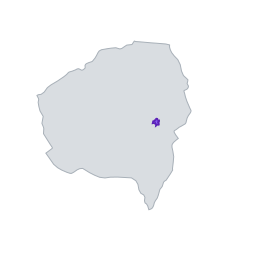 location of Bulawayo, Bulawayo, Zimbabwe, rotated 235°
{"feature_id": "62879985B51719638002761", "entity_name": "Bulawayo", "entity_type": "district", "adm_level": 2, "iso_a3": "ZWE", "parent_name": "Zimbabwe", "parent_adm1": "Bulawayo", "projection": "natural_earth1", "projection_center": [28.57, -20.11], "detail": "fine", "context": "in_parent", "style": "filled", "palette": "violet", "viewbox_px": 256, "rotation_deg": 235, "n_neighbors": 0, "source": "geoboundaries", "source_scale": "gbopen_adm2", "svg_char_len": 3226}
<svg xmlns="http://www.w3.org/2000/svg" viewBox="0 0 256 256"><g transform="rotate(235 128 128)"><path d="M172.2,209.7L170.4,208.4L167.8,207.5L164.6,207.0L160.5,207.2L155.4,208.0L149.9,207.1L144.0,204.5L139.2,203.5L133.4,204.7L133.1,204.7L132.1,203.8L130.5,201.9L127.9,201.6L127.2,201.2L126.6,200.4L126.2,199.6L126.0,198.5L126.5,195.4L126.2,195.1L125.5,194.7L124.1,194.3L120.6,192.9L116.2,191.6L109.0,190.1L106.3,189.7L105.6,189.2L104.8,188.1L103.5,184.5L102.2,182.1L99.1,178.5L98.6,177.3L98.8,174.5L99.0,172.1L99.3,170.1L99.1,168.3L99.1,166.0L99.2,164.4L98.8,163.8L97.7,163.3L94.5,163.1L90.6,163.2L90.5,160.8L90.1,157.2L89.4,155.1L88.5,154.0L86.8,152.9L83.2,151.4L78.3,149.0L74.1,145.5L69.3,141.2L67.9,140.4L66.1,136.3L63.4,129.4L63.5,127.1L63.1,125.9L60.5,122.5L59.9,120.7L59.4,118.9L55.3,113.9L53.8,111.7L52.8,108.9L51.7,106.7L50.8,105.7L49.6,104.2L48.7,102.5L48.4,101.2L48.7,99.4L49.1,98.2L53.0,99.5L55.2,99.6L56.9,99.0L59.0,99.8L61.5,102.1L64.2,102.5L67.1,101.1L71.1,101.5L76.1,103.8L80.3,104.2L85.2,102.2L89.6,96.6L93.7,91.4L97.8,85.4L100.3,80.5L103.9,76.5L108.6,73.5L113.5,70.9L120.9,67.7L122.4,65.1L122.9,62.3L122.9,58.3L123.2,55.8L124.0,54.6L125.2,53.7L126.8,52.5L131.7,49.5L135.8,47.6L140.8,46.3L146.3,46.3L151.5,46.3L154.5,46.3L154.6,50.1L154.8,54.4L155.4,54.8L159.3,54.9L165.7,55.2L171.8,55.5L175.7,58.6L177.0,59.2L181.1,60.1L186.2,65.2L192.4,65.7L196.7,67.3L200.5,69.1L202.7,71.3L204.1,71.7L206.0,71.9L206.9,72.1L206.7,73.6L205.4,76.2L205.5,80.0L207.3,85.1L207.5,89.6L206.9,97.5L206.8,105.2L207.0,108.0L207.3,109.8L207.6,110.8L207.6,111.9L206.5,115.1L205.7,118.5L205.6,119.9L205.3,120.8L204.7,121.7L201.9,123.2L201.5,124.2L201.5,126.0L201.8,127.4L202.8,128.0L204.0,128.8L204.5,129.9L204.5,131.1L204.1,133.2L203.0,136.8L204.1,140.9L205.3,143.6L206.9,146.6L207.6,148.5L207.5,149.9L207.3,151.2L204.7,156.8L202.9,160.3L200.7,164.1L197.7,166.4L197.0,167.6L196.7,168.8L196.7,171.7L196.6,174.6L194.1,179.1L195.6,183.0L195.2,183.3L194.4,183.9L190.8,188.3L187.1,192.7L184.4,195.9L181.4,199.6L178.0,203.7L175.1,207.2L172.2,209.7Z" fill="#d9dde1" stroke="#a8b0b8" stroke-width="1"/><path d="M117.7,157.1L117.9,157.2L118.1,157.2L118.3,157.2L118.6,157.1L118.8,157.3L118.9,157.2L118.9,156.9L119.0,156.9L119.3,156.9L119.4,156.7L119.5,156.5L119.5,156.2L119.3,156.1L119.1,156.0L119.1,155.9L119.0,155.7L118.9,155.6L118.6,155.3L119.1,154.4L118.9,154.3L118.7,154.3L118.7,154.0L118.7,153.8L118.8,153.7L119.0,153.2L118.8,153.2L118.7,153.2L118.5,153.3L118.5,153.2L118.6,152.9L118.8,152.3L119.0,152.2L118.7,151.8L118.5,151.7L118.4,151.6L118.0,151.1L117.8,150.8L117.7,150.7L117.3,151.6L117.1,152.1L117.0,152.3L116.6,152.7L116.6,153.0L116.5,152.9L116.5,152.7L116.4,152.6L116.2,152.4L115.8,152.6L115.8,153.0L115.5,153.1L114.9,153.3L114.7,152.9L114.6,152.7L114.4,152.6L114.2,152.4L113.9,152.2L113.7,152.0L113.8,154.5L113.6,154.5L113.4,154.8L113.8,154.8L114.1,155.3L113.2,155.3L113.4,155.7L114.4,155.9L114.3,155.7L114.2,155.6L114.3,155.6L114.2,155.5L114.1,155.4L114.6,155.5L115.4,155.7L115.3,155.8L115.1,156.2L115.3,156.2L115.5,156.2L115.7,156.3L115.8,156.4L115.8,156.5L115.7,156.7L115.6,156.9L115.5,157.1L115.5,157.3L116.3,157.9L116.6,157.0L116.9,157.0L117.1,157.1L117.7,157.1Z" fill="#8b5cf6" stroke="#5b21b6" stroke-width="1.5"/></g></svg>